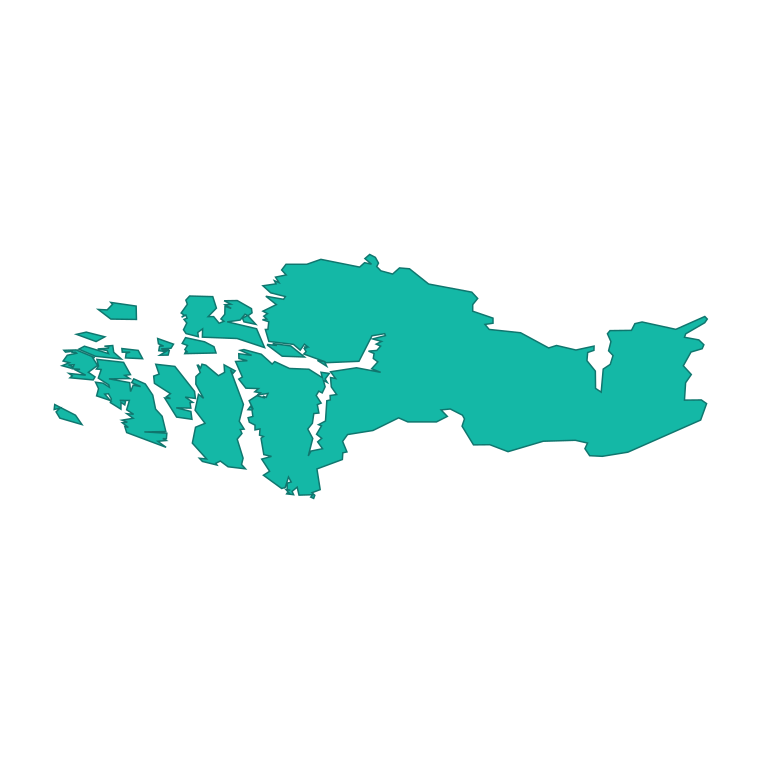 Gulen nor, Sogn og Fjordane, Norway, rotated 10°
{"feature_id": "86288312B34871191687124", "entity_name": "Gulen nor", "entity_type": "district", "adm_level": 2, "iso_a3": "NOR", "parent_name": "Norway", "parent_adm1": "Sogn og Fjordane", "projection": "natural_earth1", "projection_center": [5.028, 60.957], "detail": "fine", "context": "isolated", "style": "filled", "palette": "teal", "viewbox_px": 768, "rotation_deg": 10, "n_neighbors": 0, "source": "geoboundaries", "source_scale": "gbopen_adm2", "svg_char_len": 6131}
<svg xmlns="http://www.w3.org/2000/svg" viewBox="0 0 768 768"><g transform="rotate(10 384 384)"><path d="M688.2,261.8L661.9,279.5L627.4,278.1L620.6,281.0L618.4,288.2L597.3,292.2L595.3,295.7L600.1,302.8L599.4,312.3L604.6,316.2L603.4,325.4L597.3,331.2L599.3,354.3L593.1,351.6L589.9,334.6L579.8,325.8L579.1,317.6L584.9,314.4L584.3,310.2L567.1,317.2L547.2,316.1L539.9,319.9L509.6,309.8L478.1,312.0L473.1,307.8L480.8,305.2L479.9,300.2L458.7,296.9L457.6,290.4L461.4,283.5L454.5,278.3L410.6,277.8L389.1,266.1L379.1,267.0L373.4,274.2L361.3,273.1L356.4,269.6L357.6,265.9L353.5,260.8L347.4,258.9L343.4,263.8L350.9,268.2L343.8,267.9L339.7,273.1L300.2,272.2L287.2,279.5L266.7,283.1L263.4,289.5L268.7,293.6L258.6,297.6L263.0,302.4L258.1,301.3L260.3,304.1L247.7,308.3L256.6,313.9L271.7,315.0L270.4,318.0L252.4,318.1L264.2,324.5L252.1,333.3L257.0,334.9L253.8,338.1L257.3,340.4L253.1,341.8L259.7,342.7L260.2,350.4L257.7,350.9L263.2,362.1L288.0,360.7L295.6,365.2L298.7,358.6L302.6,360.7L298.9,361.4L302.1,361.5L299.3,362.9L301.7,365.7L299.8,368.4L322.6,372.4L314.3,372.3L324.4,376.4L322.2,373.3L355.4,366.0L363.8,338.6L375.9,334.3L377.0,336.1L365.0,341.6L374.2,342.5L369.4,346.1L374.1,347.3L371.1,352.2L363.0,354.3L368.9,355.7L369.0,360.7L374.1,363.3L369.2,371.1L378.7,373.1L354.1,372.8L329.3,381.2L335.4,387.0L330.2,386.9L332.6,396.0L339.2,402.6L332.9,404.7L333.9,409.0L330.6,410.4L332.8,430.6L326.6,435.4L329.7,436.0L326.3,445.2L332.1,448.3L328.7,452.5L334.7,458.4L323.8,462.7L321.9,468.0L323.3,450.0L316.7,441.6L320.3,435.1L320.0,425.3L324.9,423.9L321.9,415.9L325.4,413.7L319.2,407.1L321.0,402.4L324.7,403.5L326.5,397.0L323.7,391.0L327.8,392.3L325.2,389.3L328.3,383.1L319.9,383.4L322.2,388.5L307.5,382.5L288.2,385.1L272.5,380.9L270.4,383.8L258.0,376.0L240.1,374.4L236.6,375.8L248.7,378.8L235.7,379.4L236.7,384.1L245.4,384.8L233.9,387.6L243.3,401.7L240.1,404.4L248.7,412.1L261.2,410.3L258.1,414.1L263.8,414.2L261.1,416.9L271.4,413.4L270.3,417.6L266.8,416.9L269.2,418.5L260.8,417.6L254.1,423.9L259.7,431.8L256.3,429.3L254.5,432.9L258.5,432.5L260.5,438.7L256.0,440.8L258.0,445.0L264.1,446.9L264.9,451.6L269.7,449.8L270.3,456.0L274.4,456.6L272.3,458.8L277.9,474.4L285.8,474.8L276.6,479.2L286.5,489.8L281.1,494.8L301.4,504.7L304.7,503.0L306.1,492.2L309.6,496.6L305.9,498.5L307.0,504.8L310.2,504.9L305.8,505.0L310.3,508.5L307.6,508.2L307.2,509.1L314.2,508.7L312.1,505.7L316.4,500.7L319.6,508.2L333.1,505.4L331.5,508.1L334.6,508.9L335.2,505.6L331.9,503.6L339.5,499.1L332.7,479.3L356.1,465.6L355.4,458.9L359.3,457.3L353.2,447.7L356.9,440.1L381.2,431.7L404.3,414.8L414.0,417.2L442.3,412.2L452.0,404.9L444.7,399.6L453.6,397.1L466.7,401.1L469.3,404.4L468.2,412.0L482.7,428.4L498.8,425.4L517.9,429.1L550.8,412.7L582.2,406.2L594.7,406.8L593.1,412.8L599.0,418.9L611.6,417.3L636.0,408.8L702.1,364.5L705.1,347.3L699.3,344.6L682.7,347.7L680.8,330.4L685.0,321.3L675.6,314.1L680.8,299.2L691.2,294.0L692.2,289.8L686.4,285.9L671.8,285.8L672.4,282.2L689.2,268.0L691.1,263.9L688.2,261.8ZM235.2,396.9L223.2,392.9L225.0,400.2L219.5,404.6L205.3,396.4L201.3,396.1L200.6,400.3L197.9,397.6L196.9,398.0L201.1,404.6L197.5,409.3L198.7,416.8L208.8,429.4L203.1,426.4L202.5,442.6L214.6,453.8L205.9,459.3L205.5,475.5L222.3,488.6L215.1,489.2L218.6,491.8L233.6,492.8L232.1,491.3L236.2,488.3L244.8,492.6L262.3,491.6L257.7,488.0L258.1,481.5L249.0,463.8L252.7,457.4L250.3,453.8L254.1,452.7L247.9,445.8L249.1,428.5L230.3,396.7L233.4,399.8L235.2,396.9ZM97.0,409.6L99.8,415.9L98.2,419.2L103.0,418.8L101.6,427.8L113.1,432.6L114.1,434.9L107.2,432.0L99.6,432.3L103.7,438.1L103.0,445.6L117.4,447.8L110.7,442.5L114.3,441.4L118.1,446.1L117.7,449.8L129.3,454.5L128.2,447.8L132.3,449.6L132.5,445.6L126.5,446.0L136.1,444.4L135.0,454.1L142.7,457.3L135.9,457.9L142.9,461.3L132.3,465.1L137.9,466.2L133.0,467.6L139.8,471.2L136.1,470.9L139.0,476.5L180.4,484.2L171.2,479.7L179.3,477.5L175.6,476.2L179.2,475.7L178.7,470.2L156.3,472.8L177.4,468.7L171.1,454.3L163.4,448.4L158.2,435.1L148.9,425.4L136.7,422.4L135.3,426.4L144.8,428.8L137.2,428.7L135.7,435.5L133.3,426.8L112.2,426.7L132.7,422.8L127.2,420.5L132.7,418.8L123.8,407.9L97.0,409.6ZM200.2,327.7L177.3,331.1L174.3,335.8L176.5,339.6L171.9,349.3L175.2,350.8L173.1,353.4L176.9,350.5L178.6,353.4L175.8,355.1L179.2,358.2L177.1,365.4L180.3,368.7L193.0,369.7L191.6,365.6L195.8,361.2L197.0,369.4L231.4,364.7L260.1,368.9L248.9,351.7L218.8,350.0L231.3,346.0L235.0,339.4L237.8,340.2L233.2,343.8L235.3,347.1L247.4,347.5L238.2,340.4L241.7,336.8L240.4,332.8L225.0,327.3L212.1,329.8L219.4,332.0L213.8,333.5L220.4,336.1L213.9,335.1L215.1,343.0L212.1,348.3L215.5,350.0L211.1,352.8L204.5,347.2L199.1,348.2L205.8,338.4L200.2,327.7ZM175.0,403.0L155.8,404.2L160.8,413.3L155.8,416.2L157.8,423.2L175.4,430.6L172.0,434.3L176.3,435.4L170.4,435.8L185.5,452.6L201.0,452.1L198.6,444.6L183.5,443.5L198.0,441.3L196.2,436.0L198.9,435.3L190.5,431.4L200.8,431.0L198.7,424.2L175.0,403.0ZM75.0,403.9L62.9,406.4L64.8,407.9L71.3,406.0L71.3,407.0L74.9,406.3L76.0,407.1L67.1,410.7L64.0,417.1L70.4,417.7L63.8,421.9L72.9,422.8L74.6,421.1L69.9,420.0L75.5,418.8L74.5,423.1L82.1,422.3L78.1,423.9L88.7,427.1L71.9,428.3L75.6,430.1L73.7,432.4L96.9,430.5L98.2,427.2L90.8,423.8L98.7,415.4L92.2,408.4L94.6,408.3L75.0,403.9ZM126.4,350.3L100.8,351.1L102.8,352.7L98.5,359.1L89.6,360.2L103.7,367.5L129.0,363.4L126.4,350.3ZM180.5,372.8L178.2,379.1L183.8,380.2L181.9,384.7L185.0,386.8L183.1,386.5L182.5,388.7L213.2,382.6L210.1,376.8L200.0,373.6L180.5,372.8ZM267.4,363.5L271.8,364.7L262.6,365.3L262.5,366.0L278.9,374.3L301.0,371.2L285.5,362.7L267.4,363.5ZM110.2,393.2L102.1,395.3L106.5,395.1L106.4,396.6L95.9,399.2L105.5,399.1L107.4,401.9L82.4,398.8L77.4,402.7L95.1,406.8L121.0,405.0L112.3,399.7L110.2,393.2ZM85.6,468.3L63.3,461.4L63.6,466.4L69.1,464.0L65.9,468.4L70.7,473.9L93.6,476.4L85.6,468.3ZM136.1,393.6L119.7,394.6L120.7,398.1L128.5,396.7L124.7,398.4L124.9,403.2L141.9,401.0L136.1,393.6ZM169.8,381.3L153.2,378.5L154.9,383.6L160.4,384.9L156.4,385.8L156.4,390.3L163.4,390.0L158.2,394.6L166.4,393.0L166.7,388.3L159.8,389.7L166.3,387.0L161.9,388.4L158.3,388.1L168.0,385.8L169.8,381.3ZM81.8,384.6L72.5,388.5L93.1,392.2L100.9,386.0L81.8,384.6Z" fill="#14b8a6" stroke="#0f766e" stroke-width="1.5"/></g></svg>